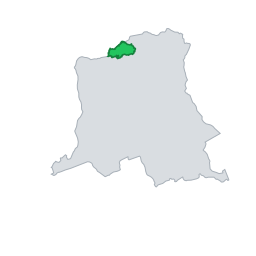 location of Bondo, Orientale, Democratic Republic of the Congo, rotated 339°
{"feature_id": "63176286B80368275017521", "entity_name": "Bondo", "entity_type": "district", "adm_level": 2, "iso_a3": "COD", "parent_name": "Democratic Republic of the Congo", "parent_adm1": "Orientale", "projection": "albers", "projection_center": [23.994, 4.253], "detail": "fine", "context": "in_parent", "style": "filled", "palette": "green", "viewbox_px": 256, "rotation_deg": 339, "n_neighbors": 0, "source": "geoboundaries", "source_scale": "gbopen_adm2", "svg_char_len": 7442}
<svg xmlns="http://www.w3.org/2000/svg" viewBox="0 0 256 256"><g transform="rotate(339 128 128)"><path d="M212.1,166.1L194.9,168.8L195.2,169.8L195.1,170.8L194.6,171.5L192.9,173.6L190.3,175.5L190.3,175.9L191.6,178.0L192.5,180.9L192.3,185.9L192.6,187.3L192.6,188.3L191.7,189.5L190.0,195.6L191.2,198.5L194.6,201.2L196.7,203.2L200.1,203.9L200.6,203.8L200.8,202.1L203.5,201.4L203.6,212.1L203.4,212.7L202.9,212.8L202.2,212.5L202.0,211.5L201.3,211.1L198.0,212.4L197.2,212.4L196.2,212.1L195.6,211.6L195.4,210.8L193.0,207.7L191.9,207.5L190.6,204.7L185.4,202.7L183.4,202.5L182.3,201.9L181.3,199.7L179.5,198.3L179.1,196.7L178.8,196.5L177.7,196.8L176.9,199.3L175.7,199.9L173.6,200.0L168.2,199.3L164.4,198.0L163.4,198.1L161.9,196.9L161.3,195.0L161.6,193.5L161.3,193.3L155.5,194.5L154.1,195.3L152.8,195.1L152.4,194.7L153.0,193.7L152.7,192.6L152.3,192.0L150.5,191.6L150.0,190.4L149.0,190.3L148.6,190.4L148.4,191.3L147.7,191.5L144.3,191.1L140.6,192.2L135.8,191.9L133.5,193.1L133.2,193.1L132.7,192.5L132.3,190.4L132.5,189.9L133.2,189.5L133.5,188.6L133.2,186.5L133.4,186.0L133.2,184.8L132.5,182.9L131.5,181.3L129.3,178.9L128.9,177.7L129.0,175.1L129.8,170.8L129.7,167.7L128.8,165.6L128.6,163.4L129.2,159.4L128.6,158.4L117.7,158.1L117.3,157.8L117.1,157.2L117.6,154.8L110.9,155.4L108.9,155.8L107.7,156.8L107.3,158.0L107.2,159.8L106.2,161.4L105.9,164.2L104.1,164.5L102.2,164.5L98.7,163.9L95.2,164.6L93.5,165.4L92.6,165.0L89.5,165.3L89.1,165.1L85.6,159.5L84.1,157.6L83.8,156.7L83.9,155.9L83.5,154.7L81.9,151.9L81.6,150.5L81.7,148.5L81.5,147.8L80.0,146.0L79.0,145.4L78.0,145.0L60.2,145.1L54.3,144.7L50.0,144.8L47.8,144.7L47.2,144.4L45.3,144.7L44.2,145.5L42.7,145.8L41.7,145.7L39.9,143.6L42.4,143.3L42.6,143.1L42.9,138.1L42.2,137.4L43.6,136.6L45.8,134.4L47.9,133.7L48.2,133.2L48.6,133.2L49.4,134.2L51.2,135.4L53.5,134.4L53.7,134.1L54.0,132.0L54.6,131.8L55.5,132.3L56.1,132.3L57.1,131.7L60.0,130.6L60.8,132.0L60.0,133.2L60.3,134.1L60.4,135.5L60.9,135.8L63.1,136.0L63.8,135.6L68.4,130.8L69.6,130.2L71.5,128.3L74.0,127.5L75.1,126.0L76.6,123.2L77.3,119.3L77.1,112.4L77.4,111.5L80.4,108.4L83.6,102.9L85.7,101.4L87.3,100.8L89.7,98.8L91.7,96.7L91.4,94.2L91.9,92.2L93.0,89.6L93.4,86.8L93.0,83.9L93.2,81.5L94.6,77.7L94.8,73.3L96.1,69.6L98.7,64.9L99.9,61.5L99.7,58.0L100.1,55.5L100.0,54.0L99.5,52.7L99.8,51.9L100.7,51.5L101.9,50.3L104.1,46.9L106.5,45.3L108.1,44.8L109.8,44.8L110.9,45.1L112.7,46.5L114.7,47.5L116.3,48.8L117.8,50.9L121.4,51.4L122.9,52.1L123.9,52.4L124.3,52.2L125.0,52.3L126.7,52.9L128.1,52.6L134.8,54.0L135.6,53.3L137.5,49.8L138.9,48.6L141.2,48.5L143.0,49.1L143.9,49.1L152.2,46.1L153.3,45.9L156.3,46.7L158.2,46.2L159.0,46.3L160.7,45.8L162.1,43.7L163.2,43.2L175.1,45.4L176.9,44.3L177.8,44.2L180.4,45.0L181.2,46.3L182.8,47.4L184.0,49.2L185.7,50.2L186.6,51.2L187.7,51.9L189.8,52.1L192.6,50.5L194.5,50.6L196.5,51.5L197.1,51.5L198.6,50.5L199.4,49.4L200.1,49.2L201.3,49.6L202.2,50.6L203.0,52.0L206.0,55.2L208.9,56.5L209.7,58.4L210.7,58.2L211.2,58.4L212.0,59.6L212.5,59.9L212.6,60.4L211.9,61.5L211.2,63.8L212.1,65.1L211.4,67.1L211.1,69.1L212.0,69.6L213.2,69.6L214.3,70.7L215.2,70.8L216.1,71.9L215.9,72.9L213.1,76.2L208.8,80.3L207.4,80.8L206.7,81.6L206.2,82.8L204.9,83.8L204.0,84.2L203.9,87.2L202.5,90.2L201.9,90.8L201.2,95.8L201.3,96.7L200.6,100.7L200.7,104.5L198.7,105.7L197.2,107.5L196.6,108.8L196.7,111.9L194.3,113.7L194.2,114.2L194.8,116.3L195.6,116.7L195.6,117.4L197.6,119.7L197.5,126.8L197.6,127.5L198.6,129.2L199.3,132.4L198.6,136.5L201.3,143.9L200.1,146.6L200.7,149.3L202.3,152.0L206.0,154.6L207.0,155.7L208.0,157.2L208.8,159.5L212.1,166.1Z" fill="#d9dde1" stroke="#a8b0b8" stroke-width="1"/><path d="M154.6,60.2L154.8,60.1L155.0,60.0L155.2,59.8L155.4,59.9L155.5,60.0L155.8,60.1L156.0,60.0L156.2,59.9L156.3,59.9L156.5,59.8L157.0,59.9L157.5,60.0L157.7,59.9L157.8,60.0L158.0,60.2L158.3,60.2L158.3,60.3L158.3,60.6L158.4,60.8L158.5,60.8L159.0,60.5L159.3,60.6L159.6,60.6L159.8,60.6L160.0,60.4L160.0,60.2L160.3,59.9L160.5,59.9L160.6,59.7L160.9,59.1L161.0,59.1L161.0,58.9L161.1,59.1L161.3,59.1L161.2,58.9L161.3,58.7L161.0,58.6L161.1,58.4L161.3,58.4L161.5,58.6L161.8,58.5L161.8,58.4L162.0,58.4L162.0,58.2L162.2,57.9L162.3,57.9L162.3,58.0L162.4,57.9L162.4,57.7L162.5,57.6L162.8,57.4L162.9,57.2L163.0,57.1L163.3,56.9L163.3,56.6L163.3,56.4L163.1,56.4L163.0,56.2L162.9,56.0L162.5,55.7L162.4,55.6L162.2,55.5L162.0,55.4L162.1,55.2L162.3,55.1L162.5,55.1L162.5,54.7L162.2,54.2L162.2,53.3L162.1,53.2L161.8,53.1L161.5,52.8L161.4,52.6L161.2,52.4L161.2,52.2L161.3,52.0L161.4,51.8L161.4,51.7L161.3,51.3L161.4,50.8L161.3,50.7L161.1,50.7L160.5,51.1L159.8,51.2L159.6,51.2L159.0,50.8L158.7,50.4L157.7,50.0L157.6,49.9L157.1,49.7L157.1,49.0L156.9,48.7L156.7,48.3L156.5,48.1L156.3,48.0L156.2,47.9L156.1,47.6L155.9,47.5L156.0,47.4L155.7,47.2L155.7,46.9L155.4,46.8L155.3,46.7L155.5,46.4L155.4,46.3L155.1,46.3L155.0,45.9L154.9,45.8L154.4,45.7L154.2,45.3L153.8,45.2L153.7,45.1L153.4,45.1L153.4,45.4L153.4,45.5L153.0,45.0L152.9,45.0L152.7,45.4L152.5,45.5L152.8,45.6L153.0,45.6L152.9,45.8L152.7,46.0L152.3,46.0L152.2,46.0L151.8,46.2L151.8,46.3L151.9,46.5L151.6,46.6L151.6,46.4L151.4,46.4L151.0,46.7L150.8,47.0L150.5,47.0L150.3,46.8L150.2,46.8L149.6,47.2L149.3,47.2L149.2,47.1L148.9,47.3L148.9,47.5L148.9,47.8L148.6,47.6L148.4,47.5L148.2,47.6L148.0,47.8L147.7,47.7L147.5,47.8L147.3,48.0L146.9,48.0L146.7,48.0L146.3,48.2L146.0,48.5L145.9,48.5L145.7,48.6L145.0,48.9L144.9,48.9L144.7,49.0L144.4,49.0L144.1,49.3L144.1,49.7L143.9,49.7L143.6,49.5L143.2,49.6L142.9,49.3L142.7,49.2L142.2,48.9L142.0,48.6L141.8,48.5L141.6,48.5L141.2,48.7L140.7,48.3L140.4,48.2L140.1,47.8L139.9,47.4L139.6,47.7L139.3,47.7L139.2,47.8L139.1,48.1L139.2,48.3L139.0,48.6L138.9,48.7L138.8,48.8L138.8,48.7L138.5,48.5L138.2,48.7L138.1,48.9L138.1,49.0L137.9,49.2L137.8,49.4L137.7,49.5L137.7,49.8L137.7,50.2L137.5,50.4L137.4,50.7L137.4,50.9L137.3,51.0L137.2,51.0L137.1,50.9L136.7,50.8L136.4,50.9L136.4,51.3L136.3,51.5L136.6,51.7L136.7,51.8L136.6,52.0L136.2,52.2L136.2,52.3L135.9,52.8L136.0,52.9L136.0,53.1L135.8,53.4L135.7,53.5L135.3,53.9L135.1,54.0L135.3,54.1L135.5,54.2L136.0,54.0L136.3,54.1L136.7,54.0L136.9,54.2L137.1,54.1L137.2,54.4L137.3,54.4L137.5,54.3L137.6,54.5L137.8,54.5L137.9,54.8L138.1,55.0L138.2,54.9L138.3,55.0L138.6,55.3L138.4,55.5L138.3,55.8L138.3,56.0L138.1,56.1L138.1,56.3L138.4,56.5L138.5,56.5L138.8,56.6L139.0,56.6L139.5,56.6L139.8,56.5L140.0,56.6L140.3,56.5L140.6,56.5L140.8,56.6L141.0,56.4L141.2,56.5L141.4,56.5L141.5,56.3L141.5,56.6L141.8,56.6L142.0,56.5L142.4,56.6L142.6,56.7L142.8,56.8L142.9,56.7L143.0,56.8L143.1,56.7L143.1,56.8L143.3,56.9L143.4,57.0L143.5,57.1L143.8,56.8L144.1,56.9L144.3,56.8L144.5,56.9L145.0,56.9L145.0,57.0L145.0,57.3L144.9,57.4L144.6,57.7L144.4,57.7L144.2,57.9L144.0,58.1L143.8,58.1L143.3,57.9L143.1,57.5L142.7,57.3L142.5,57.2L142.3,57.1L142.4,57.4L142.4,57.5L142.6,57.7L142.8,57.9L142.6,58.0L142.8,58.5L143.1,58.6L143.0,58.9L143.2,59.0L143.3,59.1L143.4,59.3L143.4,59.5L143.5,59.5L144.9,59.5L145.2,59.6L145.6,59.7L145.7,59.4L145.8,59.3L146.0,59.1L146.3,59.2L146.6,59.3L146.7,59.0L146.8,59.0L147.0,59.2L147.4,59.1L147.5,59.0L147.7,58.7L147.8,58.8L148.0,59.0L148.2,58.7L148.3,58.7L148.6,58.4L148.8,58.3L148.8,58.1L148.7,57.9L148.8,57.8L149.2,57.7L149.5,57.8L149.6,57.7L149.8,57.8L150.1,57.9L150.3,58.0L150.5,57.8L150.8,57.8L151.0,57.9L151.4,58.0L151.5,58.0L151.7,58.3L151.9,58.5L152.0,58.7L152.2,58.8L152.3,59.0L152.5,59.2L152.6,59.3L152.8,59.3L153.0,59.4L153.3,59.5L153.6,59.5L153.8,59.5L154.0,59.7L154.2,59.9L154.6,60.2Z" fill="#22c55e" stroke="#15803d" stroke-width="1.5"/></g></svg>